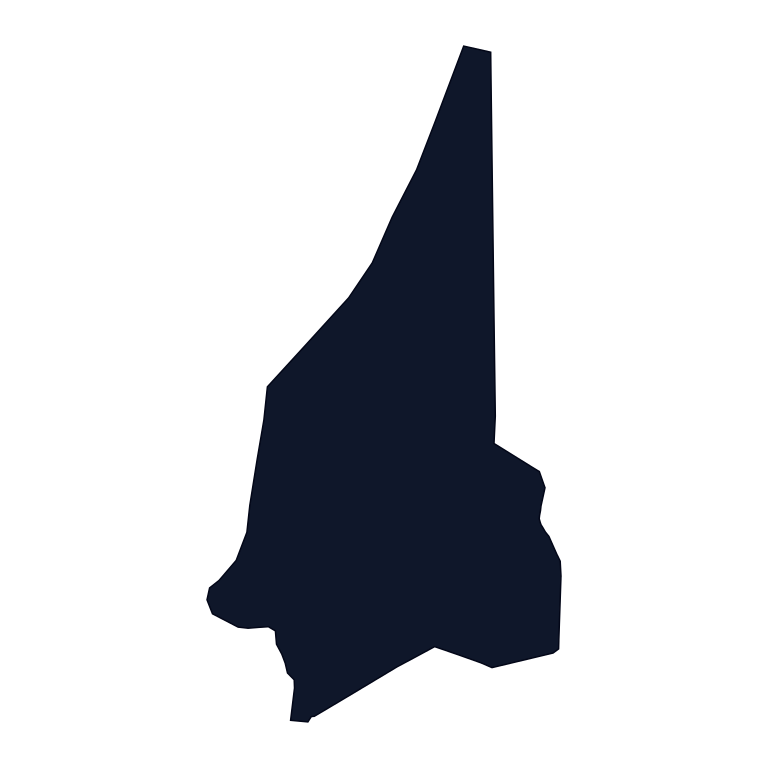 Batha Est, Batha, Chad
{"feature_id": "50815135B79604505945545", "entity_name": "Batha Est", "entity_type": "district", "adm_level": 2, "iso_a3": "TCD", "parent_name": "Chad", "parent_adm1": "Batha", "projection": "orthographic", "projection_center": [19.699, 14.229], "detail": "fine", "context": "isolated", "style": "filled", "palette": "ink", "viewbox_px": 768, "rotation_deg": 0, "n_neighbors": 0, "source": "geoboundaries", "source_scale": "gbopen_adm2", "svg_char_len": 1101}
<svg xmlns="http://www.w3.org/2000/svg" viewBox="0 0 768 768"><path d="M290.6,720.3L307.9,721.9L309.6,719.2L311.3,716.6L313.0,716.4L314.3,716.3L345.6,697.7L397.1,666.8L414.7,657.4L434.7,646.6L434.9,646.7L458.7,654.9L463.2,656.5L480.9,662.8L492.0,667.6L553.1,653.0L558.6,648.9L558.6,648.7L558.8,641.1L558.8,640.3L558.8,640.2L560.9,578.8L560.9,578.0L561.0,576.2L560.2,561.2L557.5,555.6L557.1,554.9L555.5,551.3L548.9,536.4L547.3,534.4L545.3,531.9L543.0,527.9L541.0,524.7L540.2,522.3L539.2,518.7L539.6,515.3L540.5,510.6L540.9,507.0L541.0,505.9L541.6,503.3L545.0,487.7L544.5,486.4L539.3,471.5L537.7,470.6L531.0,466.5L494.0,443.5L495.3,416.1L494.0,318.0L490.9,70.0L490.7,52.2L463.7,46.1L434.9,122.4L416.6,169.7L392.2,217.1L372.3,262.8L348.7,297.8L304.7,346.1L267.4,386.8L263.9,419.9L257.2,459.2L255.1,472.3L249.8,505.4L246.9,532.3L236.2,560.4L219.0,580.5L209.6,587.9L207.0,599.8L212.5,613.8L222.9,619.2L238.1,627.1L248.1,628.2L259.4,627.3L268.4,626.7L275.4,630.9L276.5,644.2L281.8,654.1L285.2,663.1L287.5,673.0L294.2,679.8L294.5,688.1L290.6,720.3Z" fill="#0f172a" stroke="#020617" stroke-width="1.5"/></svg>